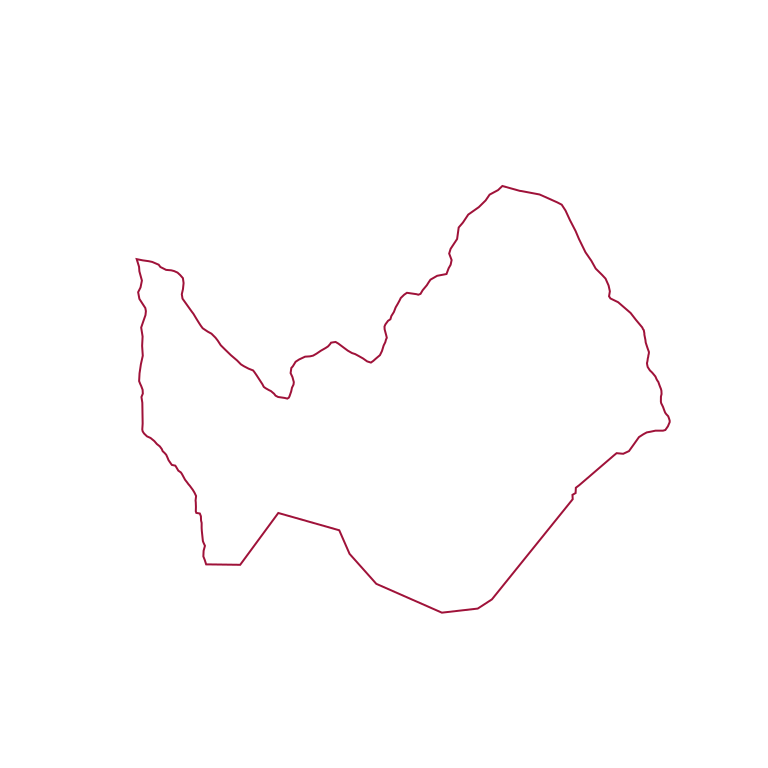 the district of Samphelling, Chhukha, Bhutan, rotated 327°
{"feature_id": "84629894B17389160207490", "entity_name": "Samphelling", "entity_type": "district", "adm_level": 2, "iso_a3": "BTN", "parent_name": "Bhutan", "parent_adm1": "Chhukha", "projection": "equal_earth", "projection_center": [89.481, 26.851], "detail": "fine", "context": "isolated", "style": "outline", "palette": "rose", "viewbox_px": 768, "rotation_deg": 327, "n_neighbors": 0, "source": "geoboundaries", "source_scale": "gbopen_adm2", "svg_char_len": 3706}
<svg xmlns="http://www.w3.org/2000/svg" viewBox="0 0 768 768"><g transform="rotate(327 384 384)"><path d="M591.1,282.4L585.3,283.5L575.7,282.7L569.2,285.4L559.9,287.3L546.9,287.8L538.1,291.6L531.9,293.4L524.3,302.2L513.5,306.9L509.7,310.1L508.2,316.9L504.8,320.3L501.3,322.1L496.3,325.8L487.5,322.2L479.8,321.8L476.7,323.1L473.7,324.5L467.5,326.4L463.7,328.3L461.4,327.8L460.2,326.4L452.9,320.0L449.5,320.1L444.9,321.0L442.6,322.4L439.1,324.3L435.5,326.1L431.5,329.0L427.2,331.0L424.6,333.2L421.8,333.2L417.6,334.8L415.7,336.1L414.3,338.5L412.3,344.6L411.5,346.8L409.9,347.8L407.8,349.7L404.7,351.5L400.3,355.2L396.3,357.6L390.8,358.3L387.6,358.8L384.7,358.9L382.2,355.9L380.3,351.1L378.0,346.7L376.1,343.2L374.0,340.6L371.8,336.3L370.2,332.0L367.7,325.2L366.3,322.4L364.4,321.5L362.1,320.5L360.5,321.2L357.5,322.0L354.5,322.0L349.2,321.7L343.9,321.8L340.0,321.6L337.0,320.5L332.7,318.1L326.2,317.2L322.0,317.2L317.2,319.5L315.0,320.1L311.6,324.0L311.0,328.3L309.4,333.3L307.8,335.2L304.8,337.0L302.1,339.7L298.1,342.8L296.8,343.6L295.0,343.6L293.0,341.5L288.1,337.2L286.7,334.7L286.5,332.3L285.3,328.3L284.2,326.5L282.4,323.0L281.6,320.9L281.9,318.1L281.9,315.0L281.9,312.1L281.9,307.8L281.8,303.5L281.6,301.3L278.8,297.4L276.2,292.8L274.7,289.6L273.6,284.2L271.3,276.5L269.4,268.2L268.2,262.6L268.2,257.0L267.9,253.4L266.7,247.8L264.7,244.1L262.3,238.5L262.1,235.2L262.1,232.0L262.2,227.0L262.4,221.3L262.2,218.7L261.9,211.9L261.5,202.7L263.3,198.6L267.1,194.9L270.9,190.2L273.0,185.7L272.4,181.6L271.5,178.1L269.5,175.0L267.5,172.8L263.4,169.6L262.3,167.7L260.2,164.1L260.0,161.2L256.1,155.4L253.6,152.9L248.9,148.8L244.6,144.6L242.4,152.3L240.2,156.3L237.3,165.4L232.4,170.4L227.8,173.1L225.2,179.4L225.2,184.5L225.2,190.3L224.0,193.2L221.5,196.3L216.2,200.4L211.1,204.4L207.4,212.7L201.9,220.3L197.1,228.9L190.8,235.1L184.8,241.9L180.2,248.2L179.6,251.1L179.3,253.3L178.4,257.4L176.5,260.7L173.5,262.8L171.1,268.1L165.2,277.5L160.0,285.8L156.5,290.5L155.8,292.3L155.8,294.8L156.7,298.8L158.8,302.1L160.3,306.8L160.8,310.6L162.0,314.2L162.2,317.5L161.8,319.8L162.4,322.2L162.8,324.7L162.4,327.4L161.8,330.7L161.9,333.9L162.0,336.3L164.5,338.8L164.5,340.5L164.3,344.6L165.5,347.6L165.5,349.7L165.0,355.9L165.3,359.4L165.4,361.5L165.7,363.5L166.0,368.6L165.9,371.7L165.4,375.6L162.5,379.1L161.7,380.7L159.3,384.7L156.8,388.3L156.4,389.9L159.0,392.3L158.4,395.2L156.2,398.9L155.4,401.2L152.6,405.5L151.2,408.0L146.6,417.0L146.2,418.7L145.7,422.2L141.9,425.6L138.6,430.2L137.8,434.1L136.6,438.4L142.6,442.4L164.9,457.3L225.1,434.6L266.8,482.3L262.6,507.7L268.7,547.4L308.0,607.3L340.3,623.4L357.2,623.4L479.5,583.4L481.7,579.6L485.3,579.8L488.4,575.5L492.6,575.2L537.8,569.1L541.4,568.7L546.6,572.8L552.9,573.7L561.1,570.5L568.9,567.4L574.1,567.4L578.0,567.7L581.6,569.2L586.3,571.0L592.6,575.1L594.9,575.8L599.1,574.1L600.4,573.2L602.8,571.6L603.6,570.4L604.2,568.4L604.8,565.8L604.3,563.1L604.2,561.1L604.8,558.3L605.5,555.3L605.7,553.8L606.0,551.1L606.6,549.6L609.4,545.4L611.3,543.6L613.0,540.7L613.6,538.9L614.0,536.8L614.5,534.5L615.2,531.6L615.1,530.0L615.2,528.5L615.7,525.5L615.2,521.1L614.9,519.5L614.4,517.5L614.4,515.9L614.4,513.4L615.1,511.5L615.9,509.7L616.9,508.8L618.1,507.5L619.1,506.3L620.4,505.1L621.4,503.9L622.5,502.9L623.6,501.5L624.4,498.1L625.3,494.6L626.1,491.7L627.2,489.5L628.4,486.5L629.2,484.5L630.0,483.2L631.2,480.3L631.1,478.8L631.4,477.3L630.2,467.3L629.5,458.8L624.9,442.9L620.5,435.6L620.5,433.0L623.9,429.3L626.0,423.7L627.2,416.3L626.3,411.2L624.4,402.5L625.0,393.6L624.7,383.3L626.5,368.5L628.0,360.0L629.2,347.8L630.7,337.4L630.7,330.4L629.4,328.1L628.2,326.0L617.7,309.8L604.3,297.0L603.1,296.0L591.1,282.4Z" fill="none" stroke="#9f1239" stroke-width="2"/></g></svg>